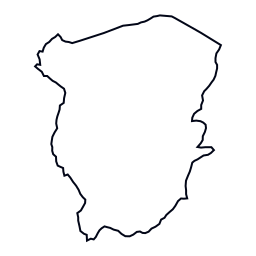 Petrolândia, Santa Catarina, Brazil (Natural Earth projection)
{"feature_id": "56859067B13644599317912", "entity_name": "Petrolândia", "entity_type": "district", "adm_level": 2, "iso_a3": "BRA", "parent_name": "Brazil", "parent_adm1": "Santa Catarina", "projection": "natural_earth1", "projection_center": [-49.688, -27.554], "detail": "fine", "context": "isolated", "style": "outline", "palette": "ink", "viewbox_px": 256, "rotation_deg": 0, "n_neighbors": 0, "source": "geoboundaries", "source_scale": "gbopen_adm2", "svg_char_len": 2051}
<svg xmlns="http://www.w3.org/2000/svg" viewBox="0 0 256 256"><path d="M56.0,156.7L56.2,161.4L57.7,165.6L60.5,166.9L63.1,168.0L63.4,171.7L64.4,175.7L67.7,174.5L70.3,177.6L73.0,181.8L76.1,185.7L78.6,189.8L80.3,193.9L82.8,197.2L85.3,199.6L85.1,203.0L83.4,206.1L80.9,210.5L77.3,213.1L78.2,217.3L78.2,220.6L79.5,226.3L80.4,231.0L84.0,233.8L86.7,234.8L87.0,240.6L90.8,238.7L93.7,239.4L95.8,237.0L97.8,233.1L99.5,230.3L101.6,228.3L104.5,226.4L107.3,227.2L110.2,227.9L113.6,229.6L118.2,230.8L121.5,233.9L125.3,236.2L129.7,236.3L133.3,234.6L136.8,231.9L140.0,231.5L142.5,232.9L145.2,233.1L148.6,231.7L151.5,228.6L155.5,226.7L159.4,223.9L161.1,219.6L164.5,217.8L166.3,215.0L169.5,212.1L172.8,209.3L175.3,205.9L178.0,201.1L181.0,198.5L183.9,198.7L187.2,198.4L186.1,194.2L186.1,190.3L185.6,186.0L186.0,180.7L188.0,175.7L189.8,171.6L191.1,167.3L192.3,162.6L194.5,160.8L197.5,159.4L200.1,157.7L203.5,155.5L208.0,154.8L210.9,153.0L213.9,150.1L211.4,147.2L205.3,147.2L201.0,147.6L197.5,147.0L200.8,143.2L202.7,140.0L202.8,136.2L204.9,131.9L206.0,128.1L205.6,124.7L203.3,122.6L200.5,121.2L196.2,120.6L192.0,121.1L192.3,117.7L194.1,113.8L197.4,111.0L201.2,108.9L201.2,105.0L203.0,100.5L202.1,95.4L204.2,91.2L206.5,88.9L209.2,85.8L211.6,82.3L213.6,79.7L215.4,75.8L216.1,72.5L217.1,68.4L217.1,64.9L215.5,62.0L215.5,58.1L216.4,53.4L219.1,49.5L220.9,45.1L200.9,32.8L183.3,22.8L179.2,20.5L174.8,18.0L171.7,16.4L159.9,15.4L156.9,16.1L153.5,16.6L150.4,18.6L147.5,20.3L144.6,21.6L141.0,22.4L137.8,23.9L128.4,25.1L123.0,25.7L103.9,33.0L79.8,40.8L72.2,43.1L68.8,42.0L65.5,41.6L62.2,40.1L60.6,37.0L58.0,34.3L55.2,37.0L52.0,38.9L49.2,42.0L45.9,44.1L43.8,47.7L42.6,51.6L39.5,51.1L37.6,54.5L39.6,59.3L40.2,64.8L37.1,64.3L35.1,66.4L38.0,68.9L41.8,71.8L43.9,76.0L47.2,76.0L49.8,78.4L52.6,80.8L55.9,82.5L58.3,84.5L60.8,86.5L64.0,88.7L65.3,92.9L64.1,98.1L63.7,102.9L59.9,105.5L59.6,109.5L58.6,112.7L57.3,116.5L56.5,119.9L56.2,123.5L57.2,128.3L54.6,132.4L52.4,136.8L51.8,140.6L51.3,144.1L52.3,147.1L52.2,150.8L53.2,154.2L56.0,156.7Z" fill="none" stroke="#020617" stroke-width="2"/></svg>